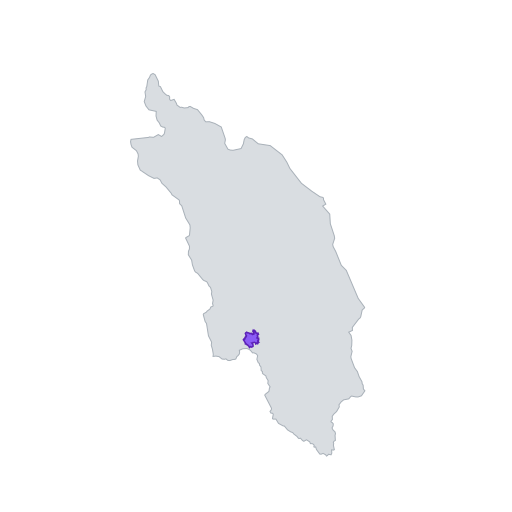 Cagaan-Uul, Hövsgöl, Mongolia (highlighted), rotated 240°
{"feature_id": "93677404B10407015585804", "entity_name": "Cagaan-Uul", "entity_type": "district", "adm_level": 2, "iso_a3": "MNG", "parent_name": "Mongolia", "parent_adm1": "Hövsgöl", "projection": "natural_earth1", "projection_center": [98.66, 49.521], "detail": "fine", "context": "in_parent", "style": "filled", "palette": "violet", "viewbox_px": 512, "rotation_deg": 240, "n_neighbors": 0, "source": "geoboundaries", "source_scale": "gbopen_adm2", "svg_char_len": 6678}
<svg xmlns="http://www.w3.org/2000/svg" viewBox="0 0 512 512"><g transform="rotate(240 256 256)"><path d="M47.5,217.0L49.1,216.9L51.5,215.4L51.8,213.3L52.6,212.2L58.3,211.6L60.8,212.2L61.3,210.9L61.8,210.7L63.1,211.8L64.5,211.4L65.4,210.9L66.3,209.3L68.2,209.6L71.6,207.8L71.6,204.8L73.0,204.0L76.0,203.4L76.4,202.0L77.0,201.6L79.2,201.3L83.1,199.7L84.8,199.5L86.2,198.2L89.6,196.4L94.7,195.5L95.2,194.6L99.8,191.8L104.8,191.7L106.2,189.2L107.0,189.0L110.4,191.9L111.8,191.5L112.4,190.4L114.4,190.4L115.2,192.4L116.4,193.3L131.1,194.0L131.6,194.8L132.3,199.5L135.0,201.7L135.6,202.8L139.7,202.5L142.0,204.2L145.5,204.1L147.2,204.6L150.7,203.0L151.5,203.0L152.6,203.8L154.2,203.2L157.4,204.8L159.9,204.5L161.1,205.2L162.5,204.6L166.1,205.1L168.9,207.6L170.9,207.4L173.2,205.8L173.8,204.6L177.2,204.0L179.2,202.9L180.4,201.9L182.3,198.2L182.7,194.4L181.0,193.8L179.5,192.6L178.7,190.6L178.5,189.2L176.9,187.0L177.1,185.9L178.0,184.1L178.5,181.1L179.7,179.4L182.0,178.5L182.2,177.3L183.7,175.1L187.3,173.7L189.4,171.2L190.5,168.6L192.3,169.9L197.1,171.7L201.0,172.6L203.6,174.5L210.6,174.9L222.3,179.4L224.7,179.2L231.6,181.0L232.2,181.7L232.2,185.0L232.7,186.0L233.1,189.6L234.4,191.4L234.1,193.6L234.7,194.2L236.4,194.5L239.2,196.8L245.4,198.4L247.2,199.9L251.5,200.9L253.6,200.3L257.2,200.6L258.5,200.4L260.7,198.7L262.1,198.1L270.1,196.8L272.3,195.6L273.8,195.4L280.1,196.5L284.6,198.2L290.9,198.0L293.9,199.9L295.3,201.8L297.8,203.3L306.6,204.0L307.0,204.4L307.0,208.3L307.4,208.9L313.3,213.1L316.0,214.3L324.1,214.1L336.6,216.8L339.5,216.0L342.2,217.4L343.3,217.3L351.1,213.8L352.4,214.0L360.7,212.6L365.9,210.9L369.9,211.0L373.0,209.5L374.2,206.5L379.3,203.1L388.3,198.7L394.0,199.3L397.5,200.9L401.2,204.0L403.3,204.9L407.0,205.1L412.2,203.0L415.0,203.5L417.7,204.5L419.5,206.1L412.4,222.3L412.4,223.2L410.0,226.6L410.0,232.1L406.7,234.0L407.4,237.1L408.2,238.2L412.1,241.4L413.3,241.0L414.3,239.7L416.2,238.5L419.9,238.8L423.1,238.3L427.2,239.4L431.1,241.9L436.1,236.4L440.9,235.7L445.6,236.4L449.3,240.2L453.6,241.9L454.9,244.0L456.6,244.9L457.2,246.0L462.6,250.3L463.9,253.1L465.5,255.1L465.7,257.2L465.4,258.2L463.4,259.3L456.2,258.8L451.8,256.8L450.4,257.9L444.9,257.5L441.9,258.3L439.8,259.1L438.7,260.5L437.7,260.8L436.8,260.7L435.1,259.6L433.7,259.7L433.3,259.9L432.6,263.4L427.9,263.4L426.3,263.0L422.6,264.6L422.1,265.9L420.1,267.8L418.5,271.3L418.9,272.8L418.4,273.8L415.1,275.7L412.0,278.5L405.2,279.6L402.0,279.8L399.6,279.1L397.3,279.6L395.6,282.8L391.4,286.6L385.1,290.4L373.3,288.1L371.8,287.5L369.2,285.2L362.5,285.1L360.6,286.7L359.0,289.0L356.5,296.8L359.4,301.1L362.7,304.0L364.0,306.0L364.1,307.8L362.0,308.6L359.2,311.4L352.1,314.0L344.5,323.5L330.5,329.2L321.8,329.6L314.9,329.1L296.2,331.7L284.2,336.7L275.4,341.0L273.4,343.1L272.5,343.4L270.9,342.6L266.0,342.4L265.9,338.7L255.4,340.8L246.8,336.5L234.4,333.9L232.0,333.0L227.7,328.2L225.5,327.5L220.1,327.3L205.3,325.2L198.4,327.0L168.2,323.3L157.2,324.4L156.8,324.0L156.1,320.9L151.0,316.3L150.3,315.1L150.0,313.3L146.0,303.7L143.3,302.3L143.7,298.2L139.7,298.6L135.2,297.0L130.7,294.2L128.5,292.1L125.4,291.6L121.4,287.8L119.6,287.1L110.0,285.5L105.2,286.0L100.0,285.0L94.1,284.9L92.3,284.1L90.6,284.2L87.1,282.5L84.8,282.9L82.2,277.4L82.9,273.9L84.1,271.9L86.9,268.8L86.9,267.7L85.9,264.9L87.6,260.0L87.1,256.9L85.7,253.5L83.7,252.7L81.0,248.0L80.2,244.4L79.1,241.9L76.2,240.4L75.3,238.2L74.4,238.1L73.7,238.7L72.0,239.0L70.2,237.7L69.3,236.1L68.2,235.7L66.3,235.8L64.5,236.5L62.6,236.1L61.0,234.7L56.6,232.5L56.6,230.9L56.0,229.8L54.7,229.5L53.4,228.4L49.1,227.0L49.1,226.2L50.3,224.5L47.4,223.1L46.3,221.6L48.1,219.6L47.5,218.3L47.5,217.0Z" fill="#d9dde1" stroke="#a8b0b8" stroke-width="1"/><path d="M189.9,203.8L190.0,203.8L190.0,203.7L189.7,203.4L189.7,203.2L188.4,203.3L186.4,203.3L185.2,202.9L185.2,203.0L184.9,203.3L185.0,203.4L184.9,203.4L184.8,203.5L184.7,203.5L184.4,203.7L184.2,203.6L183.8,203.7L183.7,203.7L183.4,203.8L183.5,203.8L183.4,203.9L183.5,204.0L183.2,204.1L182.9,204.2L182.9,204.3L182.7,204.3L182.3,204.4L182.1,204.5L181.6,204.7L181.4,204.7L181.2,204.6L180.0,204.6L180.3,205.9L179.4,206.4L179.2,207.0L179.3,207.4L179.2,208.2L180.3,208.9L181.2,209.1L181.7,209.0L182.6,208.9L182.3,209.3L182.3,209.6L182.4,209.8L182.6,210.0L182.1,211.0L182.0,211.5L180.8,212.3L180.1,211.9L180.1,212.1L180.0,212.3L180.0,212.5L180.1,212.8L180.2,213.0L180.3,213.3L180.3,213.5L179.3,213.3L179.2,213.8L179.3,213.9L179.5,214.0L179.7,213.9L179.8,213.9L179.9,214.0L180.0,214.1L180.1,214.3L180.0,214.2L180.0,214.3L179.9,214.4L179.9,214.5L180.0,214.7L180.0,214.8L180.1,214.7L180.2,214.8L180.3,214.9L180.2,215.1L180.3,215.1L180.5,215.0L180.8,215.2L181.1,215.1L181.3,215.1L181.4,214.9L181.5,214.9L181.7,215.1L181.8,215.2L181.8,215.3L181.9,215.5L182.0,215.6L181.9,215.7L181.8,215.8L181.7,215.9L181.9,216.0L182.0,216.2L182.0,216.3L182.3,216.6L182.6,216.8L182.7,216.7L182.8,216.8L182.9,216.7L183.0,216.7L183.3,216.6L183.5,216.5L183.7,216.4L183.9,216.5L184.0,216.4L184.0,216.5L184.1,216.4L184.1,216.5L184.2,216.4L184.3,216.4L184.6,216.3L184.9,216.3L184.9,216.5L185.0,216.5L185.0,216.8L185.1,217.0L185.3,217.1L185.4,217.3L185.6,217.4L185.9,217.4L186.0,217.4L186.1,217.5L186.4,217.5L186.5,217.5L186.9,217.5L187.0,217.6L187.1,218.1L186.9,218.9L188.2,219.2L188.9,217.8L190.3,217.6L190.5,217.6L190.7,217.8L190.8,217.8L191.1,217.9L191.3,217.7L191.5,217.6L191.8,217.6L192.0,217.5L192.4,217.5L192.5,217.4L192.5,217.2L193.0,217.1L193.3,217.0L193.2,217.0L193.2,216.9L192.9,216.8L192.7,216.8L192.1,216.8L191.9,216.8L191.8,216.7L191.9,216.4L192.0,216.3L192.3,216.3L192.5,216.3L192.6,216.2L192.8,216.2L192.7,216.1L192.7,215.9L192.5,215.7L192.2,215.8L192.1,215.7L191.9,215.6L191.7,215.6L191.3,215.7L191.2,215.7L190.9,215.7L190.7,215.8L190.4,215.9L190.5,215.7L190.6,215.4L190.4,215.2L190.2,215.0L189.8,215.1L189.7,215.0L189.4,215.0L189.4,214.9L189.5,214.8L189.6,214.7L189.8,214.6L190.0,214.8L190.1,214.7L190.2,214.4L189.7,213.8L189.7,213.7L189.8,213.6L191.3,213.2L191.6,213.1L191.6,211.9L192.9,211.4L193.5,210.7L193.7,210.2L193.8,210.2L194.2,210.0L194.5,210.0L194.7,209.9L194.7,209.7L194.6,209.4L194.5,209.1L194.6,208.9L194.6,208.7L194.5,208.4L194.4,208.3L194.3,208.1L194.2,208.1L193.9,208.0L193.7,208.0L193.4,207.9L193.0,207.9L192.9,207.9L192.7,207.8L192.6,207.7L192.4,207.7L192.2,207.6L191.9,207.8L191.8,207.6L191.7,207.6L191.4,207.4L191.2,207.4L191.1,207.2L190.9,206.8L190.9,206.7L191.1,206.7L190.9,206.5L191.0,206.4L190.9,206.3L190.8,206.2L190.7,206.1L190.5,205.9L190.6,205.7L190.8,205.6L190.7,205.5L190.6,205.4L190.3,205.2L190.2,205.0L189.9,204.9L189.9,204.7L189.7,204.7L189.7,204.4L190.0,204.3L190.1,204.2L189.8,204.0L189.7,204.0L189.7,203.9L189.9,203.8Z" fill="#8b5cf6" stroke="#5b21b6" stroke-width="1.5"/></g></svg>